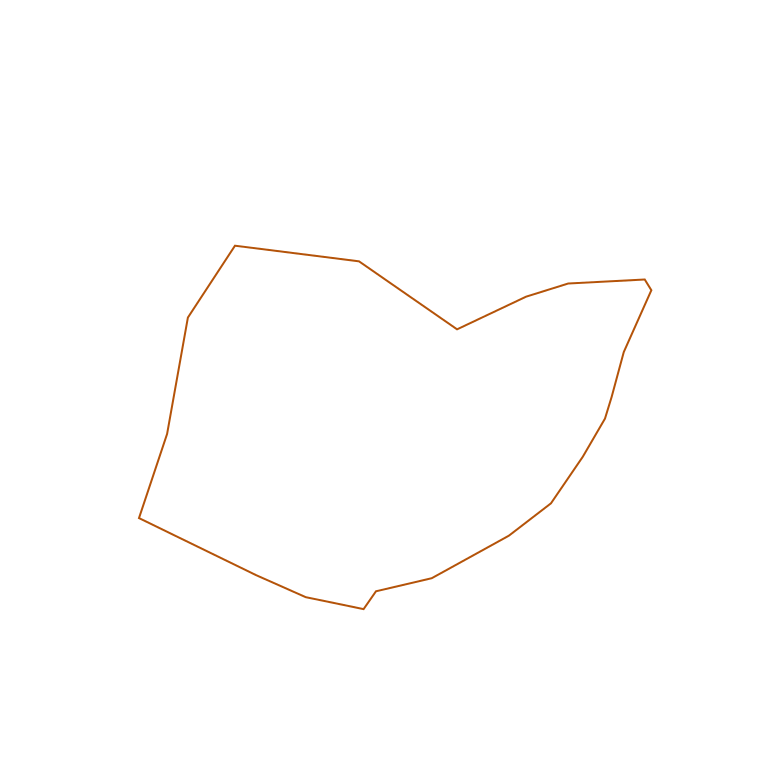 outline of Western, American Samoa, United States of America, rotated 151°
{"feature_id": "52423323B2854744470595", "entity_name": "Western", "entity_type": "district", "adm_level": 2, "iso_a3": "USA", "parent_name": "United States of America", "parent_adm1": "American Samoa", "projection": "robinson", "projection_center": [-170.781, -14.331], "detail": "fine", "context": "isolated", "style": "outline", "palette": "amber", "viewbox_px": 768, "rotation_deg": 151, "n_neighbors": 0, "source": "geoboundaries", "source_scale": "gbopen_adm2", "svg_char_len": 430}
<svg xmlns="http://www.w3.org/2000/svg" viewBox="0 0 768 768"><g transform="rotate(151 384 384)"><path d="M511.0,197.0L491.5,206.6L436.4,191.0L348.3,190.8L295.8,198.7L245.4,224.0L207.5,246.6L191.2,262.3L158.8,295.7L104.7,336.4L105.3,349.0L174.2,382.6L217.4,391.5L293.6,396.4L346.4,503.4L447.3,577.2L523.3,537.2L597.9,445.5L663.3,385.5L588.6,278.9L555.8,235.5L511.0,197.0Z" fill="none" stroke="#b45309" stroke-width="2"/></g></svg>